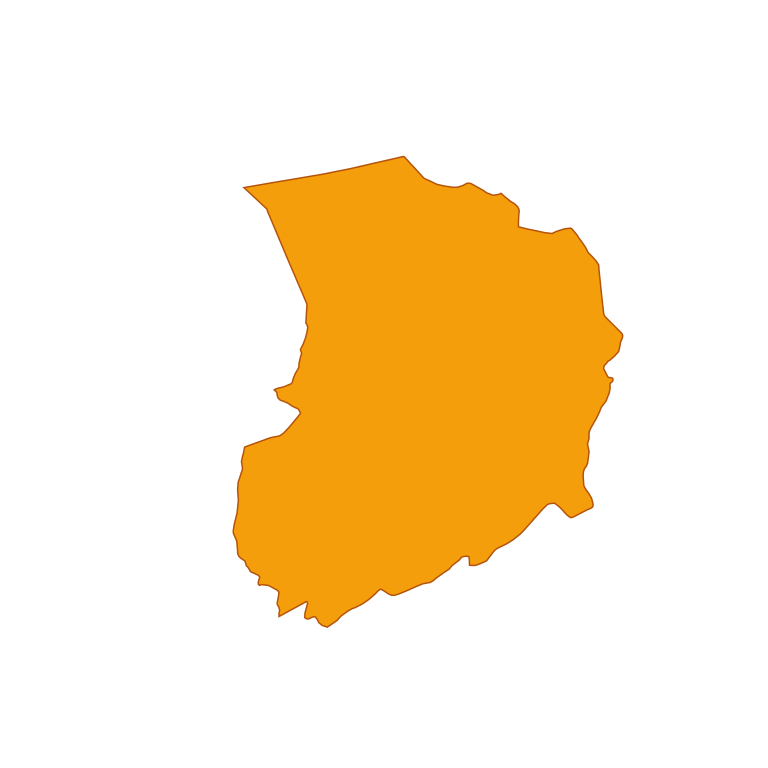 SVG path tracing the border of Ethiopia, rotated 223°
{"feature_id": "ETH", "entity_name": "Ethiopia", "entity_type": "country or territory", "adm_level": 0, "iso_a3": "ETH", "parent_name": "Africa", "parent_adm1": "", "projection": "equal_earth", "projection_center": [38.934, 9.154], "detail": "fine", "context": "isolated", "style": "filled", "palette": "amber", "viewbox_px": 768, "rotation_deg": 223, "n_neighbors": 0, "source": "natural_earth", "source_scale": "50m", "svg_char_len": 3795}
<svg xmlns="http://www.w3.org/2000/svg" viewBox="0 0 768 768"><g transform="rotate(223 384 384)"><path d="M219.0,538.7L218.5,537.9L215.7,535.0L213.1,531.0L211.5,526.7L210.0,523.1L209.2,515.2L207.3,510.3L205.4,504.3L202.7,492.9L201.4,489.0L199.2,486.4L196.8,483.9L194.3,478.9L187.9,474.4L185.4,470.9L181.1,464.9L180.0,461.9L179.7,458.9L178.4,456.0L176.0,452.9L168.6,446.0L166.6,445.2L163.9,444.4L160.0,443.7L154.7,442.2L150.2,439.5L148.1,437.6L147.6,436.3L148.0,434.1L149.7,430.3L152.9,421.3L155.1,415.2L156.6,413.4L160.7,413.0L164.9,413.2L168.1,413.6L172.5,413.7L177.8,413.2L179.9,411.1L181.6,408.8L182.3,407.3L182.5,403.3L182.6,400.1L182.3,387.8L182.1,380.3L181.9,371.7L182.0,369.9L182.0,367.7L183.3,358.6L184.6,353.3L185.4,350.6L188.8,341.8L189.5,339.0L189.6,336.5L188.4,324.7L190.6,319.2L193.4,313.7L195.8,311.4L197.8,309.8L198.7,310.5L201.0,313.0L204.0,315.5L205.5,315.0L207.6,312.8L209.1,310.5L208.9,306.4L210.4,297.9L210.1,293.1L211.6,287.0L213.3,278.5L214.0,273.1L215.0,270.2L219.4,264.3L223.2,255.9L225.7,249.8L230.3,239.8L232.6,236.2L234.5,234.6L237.4,233.6L242.6,232.7L246.4,231.8L246.9,230.6L247.3,228.5L247.3,224.1L248.1,216.4L249.7,208.9L251.7,203.2L252.7,200.6L254.0,198.1L255.4,193.9L257.2,184.9L257.1,178.7L259.7,167.4L260.2,167.4L264.5,165.3L268.7,165.0L272.7,166.4L275.3,166.8L276.5,166.1L277.6,164.2L278.7,161.1L280.3,159.5L282.6,159.1L285.6,162.6L290.4,171.6L291.6,172.2L292.4,171.9L294.8,164.7L296.7,159.0L300.2,148.4L302.2,142.4L304.0,144.2L305.9,147.2L308.0,148.7L310.2,149.6L311.3,149.7L312.7,150.9L317.5,158.4L319.2,160.2L321.5,160.4L331.1,157.9L336.9,153.6L337.7,151.8L339.3,151.8L341.2,153.8L342.0,155.6L343.2,158.1L345.4,158.4L350.9,156.7L353.6,155.7L355.9,156.5L358.8,157.2L360.6,157.2L365.0,159.7L370.2,158.9L372.6,159.0L375.2,160.1L379.3,164.0L384.6,168.7L392.3,172.1L393.9,173.5L397.6,178.9L403.4,189.3L410.9,199.3L419.2,207.1L423.6,212.6L426.6,219.2L429.5,225.3L432.5,227.9L435.2,229.9L438.1,234.6L440.1,238.4L442.9,242.8L439.9,248.8L435.8,256.8L431.0,266.2L429.6,268.5L425.4,274.2L424.7,275.8L423.9,279.9L423.9,287.3L424.4,296.8L425.0,305.6L427.3,306.6L430.0,307.3L433.0,306.1L436.5,305.1L441.0,304.5L445.9,302.8L448.8,301.4L451.9,301.5L454.6,303.0L455.9,304.4L457.8,304.9L460.3,304.8L459.8,306.4L458.5,308.9L456.8,311.3L455.3,313.8L452.1,320.8L452.0,321.7L452.4,323.1L454.2,326.3L456.1,331.5L457.1,336.2L457.9,338.5L460.2,341.1L463.4,346.6L465.1,350.2L468.7,352.2L469.9,356.9L472.6,363.7L475.5,369.1L478.3,373.4L481.4,375.1L482.6,375.2L489.2,383.1L494.1,389.2L495.4,390.1L504.3,394.1L514.6,398.6L522.9,402.3L533.4,406.9L543.8,411.5L553.6,415.9L567.2,422.0L578.3,427.0L587.0,430.9L588.8,432.1L599.2,432.1L609.7,432.1L620.4,432.1L612.7,442.2L604.0,453.7L594.8,465.7L588.9,473.4L579.5,485.7L571.7,495.9L563.7,507.1L556.4,517.2L546.9,531.2L540.8,540.3L531.1,554.5L525.1,563.5L524.2,564.0L515.5,563.3L507.0,562.7L496.2,561.8L495.0,561.8L491.8,562.7L489.9,563.5L482.1,565.9L480.7,566.5L474.2,570.4L467.7,574.9L464.2,578.3L461.5,583.4L460.4,587.0L459.2,588.5L457.1,589.9L443.3,593.3L439.3,593.8L432.8,596.5L429.4,601.0L428.4,603.3L423.7,603.3L415.6,603.9L412.2,604.7L410.5,604.8L407.4,604.8L404.8,604.0L403.1,602.7L401.0,599.9L396.3,594.3L392.9,590.7L385.4,594.8L378.7,598.9L369.2,604.6L363.7,608.7L362.1,612.9L357.9,620.4L354.1,625.0L352.7,625.6L344.2,624.6L341.1,623.7L336.0,622.8L329.2,621.2L324.6,619.4L319.7,619.2L312.5,618.6L308.1,617.4L303.6,613.2L297.8,608.2L291.9,603.0L285.8,597.7L278.6,591.5L270.7,584.8L268.9,584.2L268.1,584.0L259.5,583.7L250.6,583.4L244.6,583.2L242.7,582.4L241.4,580.9L239.5,575.9L237.2,572.4L234.6,567.9L234.4,561.8L235.1,555.2L235.8,553.0L235.4,550.9L235.5,547.9L234.0,545.1L225.3,541.9L223.9,542.1L222.4,543.3L220.7,544.2L219.6,543.4L218.8,542.2L218.8,540.2L219.0,538.7Z" fill="#f59e0b" stroke="#b45309" stroke-width="1.5"/></g></svg>